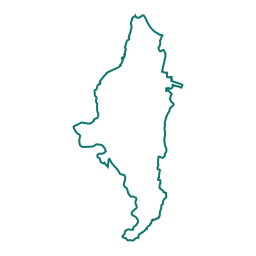 Valcele, Covasna, Romania (orthographic projection)
{"feature_id": "2599482B82717722781959", "entity_name": "Valcele", "entity_type": "district", "adm_level": 2, "iso_a3": "ROU", "parent_name": "Romania", "parent_adm1": "Covasna", "projection": "orthographic", "projection_center": [25.68, 45.82], "detail": "fine", "context": "isolated", "style": "outline", "palette": "teal", "viewbox_px": 256, "rotation_deg": 0, "n_neighbors": 0, "source": "geoboundaries", "source_scale": "gbopen_adm2", "svg_char_len": 5798}
<svg xmlns="http://www.w3.org/2000/svg" viewBox="0 0 256 256"><path d="M134.1,239.9L135.1,238.6L136.9,237.8L137.6,237.9L138.4,237.8L138.6,235.4L139.4,234.2L142.4,232.2L142.5,232.3L142.7,232.0L144.1,231.2L145.8,229.1L146.2,229.0L146.2,228.8L146.4,228.7L146.7,228.9L146.7,228.4L146.9,228.2L146.8,227.8L147.2,227.2L147.7,226.6L149.6,225.4L150.0,224.9L150.3,223.9L150.8,223.7L151.0,222.9L151.2,222.7L152.0,220.8L152.2,219.8L152.3,219.7L152.7,220.0L153.1,219.7L153.7,220.1L154.2,220.0L155.3,219.4L156.2,218.5L157.3,218.6L157.9,218.0L158.5,217.9L159.0,217.4L159.2,217.0L159.0,216.5L159.5,216.2L159.8,215.6L159.7,214.3L159.9,212.0L160.5,210.5L160.5,210.0L161.2,208.8L161.2,207.8L161.5,205.1L161.6,204.9L162.7,204.2L162.9,203.9L163.1,202.3L163.0,201.2L163.4,200.3L164.1,199.2L165.9,197.7L166.3,196.7L166.0,196.1L166.2,194.8L166.0,193.0L165.6,193.0L164.7,192.3L163.7,192.3L163.2,191.0L161.6,189.7L161.3,189.2L160.0,188.5L159.5,187.5L159.5,186.8L159.8,184.1L160.4,183.4L160.2,180.2L159.6,179.9L158.8,180.0L158.0,179.7L158.5,178.0L159.0,177.4L159.2,174.2L159.9,170.0L159.5,169.6L159.2,169.6L157.6,169.1L157.5,167.4L157.6,166.9L158.1,166.1L158.4,164.7L158.0,162.9L158.0,162.4L158.4,157.2L158.5,156.8L159.6,156.5L160.5,157.2L161.3,157.4L162.2,157.9L163.6,157.3L164.2,156.3L164.8,155.8L165.0,155.0L165.0,153.5L166.2,151.9L166.3,150.4L166.5,149.1L164.9,145.3L164.8,143.6L164.5,143.2L164.6,142.3L164.4,140.7L164.4,137.9L164.8,136.6L165.0,134.2L165.0,132.2L164.5,128.8L164.7,127.2L164.7,126.1L165.0,125.0L164.7,122.3L165.1,121.9L165.4,119.7L166.3,117.6L166.2,116.6L167.0,115.7L167.4,114.3L167.7,113.9L168.5,112.3L169.3,111.1L169.3,110.8L169.7,109.9L169.7,109.2L170.0,108.4L171.1,107.3L171.5,107.1L171.9,106.4L172.8,105.7L172.9,105.4L173.3,105.2L173.7,104.6L173.6,104.2L173.5,103.7L173.0,103.1L171.7,102.2L170.8,101.3L170.1,99.3L169.8,98.8L170.4,98.0L170.5,96.2L171.2,95.3L171.7,93.8L167.7,90.2L166.5,91.0L166.2,91.0L166.2,90.4L167.1,89.3L167.0,89.0L167.2,88.7L166.5,89.0L166.2,88.8L166.2,88.4L166.4,88.2L168.7,88.3L168.8,88.6L170.5,88.9L172.3,87.6L172.6,87.0L172.7,84.8L175.2,85.9L179.0,86.6L180.4,87.4L181.4,87.6L182.4,85.0L181.2,84.3L180.0,83.8L171.3,80.9L171.9,79.5L171.0,78.6L171.5,77.9L171.7,77.1L171.1,76.9L170.4,76.9L169.2,77.3L168.0,77.4L167.2,77.0L166.8,76.1L167.1,75.2L167.1,73.4L167.0,72.9L166.7,73.1L166.7,74.1L166.5,73.5L165.7,72.6L163.8,72.4L163.1,71.9L162.0,71.7L164.7,59.6L164.7,58.9L165.1,58.3L165.1,57.7L165.4,56.8L165.4,54.0L165.6,53.3L164.8,52.6L164.5,51.6L164.0,50.6L163.3,50.0L162.4,50.2L161.2,51.1L160.2,51.3L159.8,51.1L159.0,49.8L158.7,49.2L158.6,47.8L158.6,47.4L159.5,46.1L159.8,45.5L160.1,43.8L160.3,43.2L160.4,42.6L160.1,42.1L160.0,41.5L160.1,40.4L161.1,38.8L161.4,37.3L161.7,36.7L161.7,36.3L162.3,35.8L162.4,35.2L161.3,35.1L158.9,34.4L158.0,33.6L154.2,31.4L150.9,27.9L149.7,26.4L146.3,20.3L145.7,18.6L145.2,17.6L143.6,15.4L142.4,15.4L140.3,17.0L138.3,17.9L137.6,17.7L136.9,17.3L136.4,17.3L135.5,16.4L135.3,15.8L134.9,16.6L133.8,16.7L133.4,17.0L131.8,19.1L131.9,20.4L131.5,21.0L131.2,21.8L130.8,23.7L130.9,24.2L131.4,25.0L131.5,25.8L131.5,28.4L131.3,29.0L130.9,29.4L130.7,30.0L130.6,31.2L130.7,31.6L130.2,32.5L130.2,33.3L129.5,34.8L129.4,35.1L129.0,35.5L129.0,35.8L129.3,36.7L128.7,37.4L129.3,38.5L129.3,39.0L128.8,39.7L127.3,40.4L126.7,41.3L126.1,43.3L126.0,44.2L125.1,46.6L124.9,47.6L125.3,47.9L125.7,48.6L125.8,49.5L125.7,50.0L125.2,50.6L125.0,52.3L125.2,52.9L124.5,53.7L124.2,54.3L124.7,54.8L124.6,55.1L124.9,54.9L125.0,55.0L124.4,55.9L124.3,56.9L123.6,57.7L123.5,58.2L123.3,58.2L122.7,57.5L122.3,57.4L122.1,57.6L122.1,58.1L121.8,58.6L121.9,58.8L122.2,59.2L122.9,59.5L122.4,61.3L121.5,63.4L120.2,65.0L120.7,65.5L118.6,67.3L110.8,70.8L106.9,72.8L104.9,75.2L104.3,75.8L100.3,80.8L100.0,81.5L99.8,82.1L100.1,82.3L100.3,82.4L100.1,84.0L99.7,84.2L99.1,84.0L98.3,84.8L97.2,86.3L96.8,88.6L96.6,89.0L96.2,89.6L95.3,89.9L94.7,90.3L94.5,91.2L94.8,92.6L94.7,94.8L95.0,95.8L96.0,96.7L96.6,97.7L96.5,98.6L96.1,99.6L96.0,101.3L96.4,102.6L97.2,103.7L97.3,104.2L97.0,106.6L97.0,107.2L97.3,107.8L97.1,109.4L97.3,111.2L97.5,111.5L97.5,112.1L98.2,113.2L98.4,114.3L98.2,114.9L98.2,115.9L97.8,116.8L97.5,117.8L97.2,118.1L96.3,118.4L94.6,119.0L94.1,119.7L93.9,121.0L93.3,121.2L91.5,122.8L89.8,123.7L87.7,123.5L81.6,122.5L76.6,125.0L76.0,125.1L73.6,126.7L74.0,128.4L75.5,131.2L77.0,133.1L79.5,134.7L80.0,135.5L80.0,136.5L79.6,137.8L79.3,140.3L79.3,142.2L79.8,144.4L80.1,145.2L80.8,145.9L81.5,146.5L82.6,147.0L87.8,146.8L92.7,146.5L94.0,145.9L95.8,144.6L96.9,144.3L100.7,144.8L101.7,145.1L102.8,145.8L104.3,147.8L104.9,148.8L105.3,149.9L105.9,151.4L104.0,152.9L102.3,153.7L101.6,153.8L99.9,153.6L98.6,154.0L97.4,155.3L97.3,155.8L97.5,156.7L97.9,157.2L99.2,158.0L99.9,159.0L100.6,161.8L101.4,162.5L102.3,162.8L102.9,163.3L103.4,163.4L103.7,163.4L104.4,162.7L106.1,165.1L107.8,166.9L108.6,160.0L108.8,159.6L108.9,159.2L109.4,158.9L111.7,163.0L113.6,165.4L115.4,167.2L118.0,170.3L120.0,173.8L121.2,174.4L123.3,174.8L124.5,175.5L124.8,176.0L125.1,176.6L125.3,177.9L124.6,181.3L124.0,183.2L123.8,184.4L124.0,185.4L124.3,186.0L124.6,186.5L126.5,188.0L127.0,188.9L127.4,189.9L128.2,193.2L130.3,196.1L131.2,196.7L132.9,196.5L133.5,196.7L135.9,197.8L136.4,198.6L136.4,199.1L136.3,199.7L135.4,201.7L135.3,202.3L135.4,202.9L136.6,206.4L136.7,207.6L136.5,207.9L135.9,208.6L134.6,209.4L131.8,212.3L131.6,212.7L131.6,213.7L132.1,214.8L132.8,215.4L135.2,216.6L136.6,218.0L137.5,219.4L137.8,220.3L138.0,221.8L137.9,222.4L137.5,223.1L135.8,225.5L134.5,226.2L133.7,226.9L133.1,228.4L133.2,229.5L131.9,229.8L128.8,229.4L128.1,229.4L126.1,230.3L125.1,231.3L124.9,231.8L124.8,233.3L124.7,233.8L122.8,235.7L122.6,236.2L122.5,236.7L122.7,237.0L123.1,237.4L125.7,238.3L126.3,238.8L127.1,239.9L128.0,240.5L128.4,240.5L129.6,240.1L130.1,240.1L132.5,240.6L133.1,240.5L134.1,239.9Z" fill="none" stroke="#0f766e" stroke-width="2"/></svg>